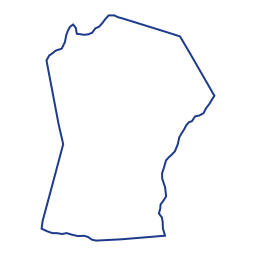 Frecheirinha, Ceará, Brazil
{"feature_id": "56859067B32169287325922", "entity_name": "Frecheirinha", "entity_type": "district", "adm_level": 2, "iso_a3": "BRA", "parent_name": "Brazil", "parent_adm1": "Ceará", "projection": "equal_earth", "projection_center": [-40.821, -3.711], "detail": "fine", "context": "isolated", "style": "outline", "palette": "blue", "viewbox_px": 256, "rotation_deg": 0, "n_neighbors": 0, "source": "geoboundaries", "source_scale": "gbopen_adm2", "svg_char_len": 985}
<svg xmlns="http://www.w3.org/2000/svg" viewBox="0 0 256 256"><path d="M46.5,60.5L58.6,124.2L63.2,144.2L56.8,168.2L50.4,192.1L42.6,221.0L41.6,228.7L47.7,231.5L52.4,233.1L56.6,233.1L62.1,234.0L66.6,233.1L71.9,234.7L77.9,236.1L84.4,235.8L88.0,237.0L92.0,239.7L96.1,240.6L121.5,239.3L165.0,235.7L162.9,228.3L162.7,222.3L161.9,217.5L158.9,213.5L160.2,208.7L160.6,204.4L163.3,200.9L166.1,196.4L165.1,187.3L162.2,178.6L162.1,173.1L163.9,167.9L166.0,160.4L168.9,157.2L171.5,154.9L174.9,151.3L177.8,144.2L179.3,137.2L181.5,133.5L184.1,129.4L186.3,125.2L188.8,122.3L191.9,121.2L195.1,116.4L199.3,115.5L203.5,113.2L206.1,108.2L209.6,103.6L212.0,99.5L214.4,95.8L190.2,53.7L180.0,36.4L169.1,32.9L122.1,18.3L118.0,17.2L114.2,15.4L108.7,15.4L105.4,19.0L102.3,23.1L99.0,26.8L95.4,28.3L92.2,32.7L88.4,34.3L84.1,34.8L80.8,34.3L76.8,33.8L75.8,27.9L73.1,24.5L70.0,26.8L67.8,30.9L66.3,35.0L64.9,42.1L61.7,48.7L55.9,50.5L52.0,53.6L49.2,55.5L46.5,60.5Z" fill="none" stroke="#1e3a8a" stroke-width="2"/></svg>